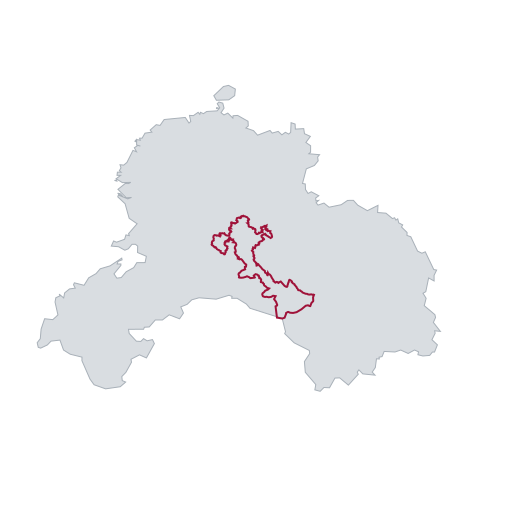 where Gansu sits in China, rotated 192°
{"feature_id": "CHN-1150", "entity_name": "Gansu", "entity_type": "Province", "adm_level": 1, "iso_a3": "CHN", "parent_name": "China", "parent_adm1": "", "projection": "albers", "projection_center": [103.309, 37.691], "detail": "fine", "context": "in_parent", "style": "outline", "palette": "rose", "viewbox_px": 512, "rotation_deg": 192, "n_neighbors": 0, "source": "natural_earth", "source_scale": "10m", "svg_char_len": 9765}
<svg xmlns="http://www.w3.org/2000/svg" viewBox="0 0 512 512"><g transform="rotate(192 256 256)"><path d="M303.2,389.7L291.8,386.1L290.6,381.6L292.5,379.1L284.5,378.1L279.6,374.5L268.4,381.7L265.7,379.6L260.2,382.5L255.9,379.9L253.0,383.1L249.4,382.1L247.8,384.1L249.4,393.7L245.2,393.2L243.9,388.3L235.8,390.5L234.0,385.7L227.7,384.3L230.8,377.4L225.5,375.2L224.2,368.9L225.6,367.0L214.9,368.3L216.3,365.6L215.0,362.0L217.7,356.7L224.9,351.7L225.6,336.6L222.8,336.7L221.4,331.3L218.1,328.0L215.3,330.3L207.1,328.0L209.7,325.1L208.8,322.4L206.3,323.4L208.3,320.6L205.9,318.7L200.5,321.9L194.7,318.9L183.3,323.9L178.0,329.4L172.3,330.7L167.1,326.9L156.5,323.5L147.2,330.9L146.1,323.8L137.8,324.9L130.3,321.0L128.4,322.2L126.6,320.2L125.1,321.8L123.3,318.1L119.0,316.9L119.7,314.6L113.1,310.4L112.6,307.5L108.6,307.0L99.0,294.4L94.3,293.2L91.3,295.3L79.3,279.7L76.4,279.8L77.8,274.1L76.6,268.6L82.6,270.4L82.5,256.4L84.9,254.3L80.8,250.0L81.1,242.4L68.8,235.8L67.6,233.2L68.7,227.9L60.0,220.6L65.7,220.0L64.7,217.7L66.5,210.7L60.1,206.8L61.4,199.2L63.5,198.7L65.4,194.9L72.0,192.9L77.1,193.1L77.1,196.1L81.4,197.0L86.9,192.3L94.9,194.1L100.1,191.0L110.8,189.3L111.8,183.8L114.6,182.6L114.0,180.9L116.8,180.5L116.1,171.7L118.2,166.6L114.8,164.2L127.0,162.9L131.7,166.0L132.8,163.5L131.4,161.6L138.8,148.9L148.8,154.2L153.4,153.0L156.7,142.4L162.2,141.5L165.1,137.0L170.6,137.3L170.8,142.7L183.6,152.5L186.7,162.8L183.2,171.7L184.2,174.7L200.6,179.0L211.8,186.0L211.4,188.1L217.4,200.4L251.0,203.6L255.4,207.0L265.7,210.7L271.0,209.6L271.0,211.5L274.2,212.0L286.0,205.5L303.0,203.3L309.7,199.8L313.3,194.4L319.0,190.6L315.1,185.1L317.7,178.7L328.7,180.4L334.2,174.0L341.2,172.5L345.7,164.4L350.4,163.1L350.7,161.0L365.5,157.8L363.9,153.8L355.3,147.8L350.9,148.5L348.8,151.8L344.9,150.4L339.9,152.7L337.2,149.2L342.0,133.5L349.4,135.1L356.8,129.0L355.7,126.2L359.1,115.1L362.2,110.2L360.9,106.3L357.3,105.6L361.6,99.9L375.5,94.8L387.6,96.4L392.8,101.1L404.5,117.4L405.2,120.9L417.3,121.3L424.7,124.0L430.3,133.0L438.8,130.1L441.6,125.6L447.5,121.1L450.0,121.4L452.0,125.7L449.8,130.3L451.0,139.8L449.7,150.7L441.5,151.5L437.5,157.2L443.0,169.2L443.1,173.6L439.4,176.3L440.6,177.8L435.4,175.0L435.5,180.1L431.6,185.0L426.1,187.0L428.5,189.9L428.1,192.0L418.1,191.6L415.1,199.9L408.8,205.5L405.7,211.1L396.7,216.0L386.9,226.0L386.2,224.4L389.8,222.0L390.2,219.3L386.5,220.1L386.2,218.7L391.2,209.0L387.5,205.4L383.3,206.9L379.7,213.6L373.2,219.2L371.2,224.7L363.1,226.5L363.2,232.9L372.6,234.8L373.8,241.1L376.4,242.4L379.7,241.7L382.4,236.5L385.5,234.4L392.4,236.5L399.6,235.6L398.4,241.1L395.3,240.5L388.0,245.0L387.6,249.6L384.2,249.6L385.3,251.4L379.0,262.8L387.9,266.5L394.9,279.9L403.5,285.1L403.3,287.0L393.3,285.2L389.9,287.4L395.0,286.0L404.9,292.5L399.0,299.7L395.6,300.4L393.8,302.0L401.9,300.0L408.9,302.5L405.2,306.7L408.7,306.0L409.0,309.2L405.3,309.9L407.4,311.1L406.4,314.1L408.0,317.0L404.3,317.4L401.7,320.7L398.3,333.7L394.5,333.1L397.5,336.6L394.6,339.6L391.9,339.5L395.9,339.8L396.9,345.1L393.2,345.2L394.4,347.0L391.9,347.6L390.1,353.1L383.6,355.5L385.7,357.2L380.9,363.7L377.0,363.8L374.2,370.4L354.0,376.8L349.2,372.1L347.8,374.0L350.3,379.7L346.4,380.3L342.5,384.5L340.4,382.9L340.2,385.0L337.0,384.3L334.3,387.1L324.2,389.9L322.3,393.4L325.6,396.9L324.3,398.9L320.3,398.6L318.0,394.0L320.0,388.9L316.7,387.3L313.3,389.9L307.3,386.1L307.6,388.4L303.2,389.7ZM327.1,400.1L330.6,404.0L323.1,415.0L318.3,417.2L310.9,415.0L310.2,408.4L315.1,403.1L327.1,400.1ZM404.4,288.7L401.7,288.7L399.0,286.9L401.0,286.9L404.4,288.7ZM410.1,300.5L408.2,301.3L407.6,300.3L410.1,300.5ZM398.3,343.1L397.4,344.7L397.3,342.8L398.3,343.1ZM323.3,392.9L325.3,392.0L325.3,393.0L323.3,392.9Z" fill="#d9dde1" stroke="#a8b0b8" stroke-width="1"/><path d="M217.3,200.3L222.7,200.1L226.4,210.8L225.1,212.0L225.1,212.6L226.9,215.4L229.3,217.5L229.3,217.9L228.5,220.8L231.0,220.7L232.6,219.2L234.9,218.3L237.2,218.3L238.4,217.9L239.1,217.8L240.7,218.0L241.0,218.2L241.9,219.7L241.9,220.4L241.8,220.9L240.5,222.5L239.8,224.0L237.8,225.3L237.1,225.9L236.4,227.0L238.7,227.2L239.8,228.1L241.8,228.9L242.2,229.4L242.4,230.3L243.4,230.7L243.7,231.4L245.8,231.5L246.0,232.1L245.9,233.4L246.1,234.1L247.3,235.2L247.7,235.3L248.1,235.0L248.4,235.2L248.4,235.9L248.8,236.6L249.3,236.9L249.1,237.2L249.2,237.4L249.8,237.5L251.0,238.1L252.7,238.1L254.1,236.4L252.7,234.7L252.8,234.6L256.7,233.2L257.1,233.2L258.1,233.8L260.6,234.3L261.8,233.4L264.1,232.2L266.1,231.6L268.0,231.4L268.2,231.5L268.2,232.5L269.3,234.4L269.3,235.1L269.0,235.8L268.3,236.3L267.7,237.5L267.0,238.6L263.9,240.7L264.3,241.4L264.6,243.1L263.6,243.5L263.6,244.4L263.8,245.6L265.6,246.4L268.7,249.2L269.7,249.8L270.8,249.7L271.3,249.3L273.0,249.6L272.8,249.9L273.1,250.3L272.4,250.8L272.5,251.2L273.0,251.4L273.4,251.0L274.0,251.3L274.5,252.3L274.9,252.7L275.8,253.0L276.4,253.5L277.4,255.0L277.5,255.2L276.8,255.6L276.7,256.0L277.1,257.2L277.7,258.4L278.3,259.1L278.5,260.0L278.4,261.2L277.7,261.9L277.6,262.9L278.4,264.3L279.4,264.8L280.6,264.7L280.3,265.0L280.4,265.3L281.4,266.6L281.6,266.7L282.2,266.3L283.2,266.7L281.9,267.0L281.9,267.4L282.7,267.2L284.0,267.3L285.0,268.5L285.5,268.6L286.1,267.9L286.2,267.3L286.3,266.6L285.8,266.4L285.6,266.0L286.3,265.9L285.9,265.3L285.8,264.5L286.6,264.3L287.6,264.5L287.9,264.8L289.2,263.8L288.7,262.9L289.3,262.5L289.1,262.2L289.3,262.0L289.3,261.0L288.4,260.0L287.8,260.0L286.8,259.4L286.0,259.5L285.8,259.2L286.0,258.7L285.9,257.9L285.5,257.4L285.9,257.1L285.9,255.6L286.3,255.4L286.7,255.3L287.0,254.7L286.9,254.4L286.4,253.6L286.8,252.9L286.7,252.3L286.8,251.3L287.0,251.1L287.5,251.0L288.8,251.9L290.2,251.7L291.1,251.9L291.4,252.1L291.5,253.5L293.0,253.7L293.4,254.1L294.4,254.2L295.8,254.7L296.3,255.4L296.9,255.6L297.0,256.1L297.9,256.3L298.3,256.0L298.5,256.3L299.3,256.4L299.9,257.1L301.2,257.4L301.8,257.9L301.8,258.4L301.5,259.0L302.0,260.0L301.9,261.2L300.6,262.4L300.9,263.1L300.9,264.3L301.6,265.3L301.7,266.7L301.0,267.8L299.3,268.0L298.9,267.7L298.4,267.8L297.1,268.4L296.9,268.1L295.4,267.7L295.4,268.2L294.9,268.6L295.6,269.8L296.3,270.5L296.2,270.7L295.4,270.9L294.3,270.9L293.8,271.3L292.4,271.2L291.7,271.7L290.5,270.4L289.7,270.2L289.4,270.0L287.0,270.1L286.4,270.6L286.4,271.5L286.9,272.2L286.8,272.5L286.4,273.3L286.0,273.6L285.2,274.7L285.6,275.2L286.5,275.2L287.3,275.6L287.9,276.4L288.0,277.5L287.1,277.3L286.6,277.5L287.1,277.7L287.3,278.6L286.9,278.8L286.2,280.5L286.3,280.9L286.7,281.1L286.5,281.5L286.6,282.3L287.3,283.1L287.2,283.7L286.7,283.9L286.3,283.4L286.1,283.3L285.3,283.4L284.4,283.8L284.0,283.7L283.8,283.4L283.2,283.4L282.9,283.9L282.0,284.4L281.7,285.2L281.1,285.4L281.1,285.8L281.3,286.3L282.7,286.9L282.5,287.5L282.6,288.6L282.5,289.1L280.8,290.0L279.4,289.7L278.9,289.9L278.6,290.4L279.1,291.3L277.9,292.3L277.3,292.1L276.7,292.7L276.2,292.3L275.2,292.6L274.5,292.3L273.1,292.2L272.5,291.9L271.3,290.9L270.5,290.6L270.3,290.2L270.4,289.9L270.7,289.6L271.2,289.5L271.4,288.8L270.4,287.4L270.3,286.6L271.1,286.3L270.4,285.9L269.5,284.8L269.5,283.9L269.3,283.5L268.9,283.2L266.4,283.2L265.5,282.8L264.7,282.9L264.6,282.7L264.9,282.0L264.8,281.9L263.6,282.4L262.4,282.2L262.1,281.9L262.2,281.3L261.8,280.9L261.8,278.9L260.8,278.4L260.1,277.6L259.0,277.8L258.6,278.3L257.7,278.8L257.6,279.0L258.0,279.2L258.0,279.4L256.7,279.6L256.1,280.4L255.4,280.4L254.6,280.7L255.3,281.8L255.1,282.0L255.7,282.4L255.4,282.7L255.8,282.7L255.7,283.3L255.9,283.7L256.8,284.3L256.6,284.5L256.8,285.0L256.6,285.0L256.1,285.5L255.4,285.7L255.0,286.2L254.3,286.4L254.0,287.2L253.1,287.2L252.1,288.0L252.1,287.5L251.9,286.9L252.4,286.2L252.7,285.4L252.4,284.2L251.7,283.7L251.6,284.4L251.1,284.6L250.4,284.6L250.0,283.3L249.6,282.8L248.6,283.3L247.5,283.0L247.1,283.2L247.0,282.1L246.8,281.4L245.9,281.1L245.5,280.7L244.4,278.6L244.3,278.1L244.5,277.5L245.5,276.6L246.4,277.1L247.8,277.4L248.3,277.8L250.1,278.3L250.5,278.4L250.7,278.9L251.7,279.6L252.4,278.8L253.0,278.9L254.0,277.7L254.5,277.6L254.9,276.9L254.5,275.8L253.9,275.4L253.1,275.2L252.8,274.2L252.1,274.6L251.9,274.5L251.6,273.9L252.3,273.3L252.7,273.4L252.9,272.3L253.5,271.7L254.0,271.6L254.9,270.9L255.4,270.7L255.8,270.0L256.2,269.7L256.2,269.4L255.8,268.8L255.4,268.6L255.7,268.1L255.7,267.5L256.6,267.4L257.4,266.5L258.6,266.6L258.8,265.7L258.5,264.5L258.6,263.7L259.0,263.8L259.2,263.6L259.6,263.6L260.6,263.8L260.6,262.9L260.8,262.4L260.3,261.7L261.1,260.4L260.0,259.5L259.5,259.4L259.2,257.8L258.6,256.8L257.9,256.3L257.9,255.9L258.5,255.6L258.5,255.2L257.0,253.7L257.2,252.5L257.6,252.3L257.6,251.9L256.8,250.8L256.2,250.6L255.2,249.7L254.7,249.6L254.0,249.1L254.0,248.8L254.2,248.4L253.7,247.8L253.5,246.7L253.3,246.7L252.5,247.7L252.3,248.5L252.1,248.5L251.6,247.9L248.8,246.0L247.1,244.5L244.2,243.2L243.8,242.0L243.5,241.6L242.1,241.2L240.9,239.6L240.6,239.6L240.4,240.4L240.9,241.3L240.9,242.1L240.4,241.5L239.8,241.1L238.4,240.6L236.8,239.2L236.4,238.4L233.7,235.7L233.6,235.0L232.9,234.9L232.5,234.4L231.6,234.0L231.3,234.0L231.0,234.6L230.3,235.0L229.2,234.9L228.8,234.4L228.4,234.3L227.9,235.1L226.5,236.2L221.8,232.7L220.3,232.2L219.4,232.2L219.0,232.9L219.1,233.9L218.9,235.1L218.9,236.2L218.8,236.7L218.6,237.0L218.7,237.8L218.5,239.4L218.4,239.6L218.2,239.7L217.1,239.4L215.6,238.6L215.4,238.3L215.5,237.8L214.1,236.9L213.5,236.8L212.4,236.3L212.2,235.7L211.4,235.3L210.7,234.5L210.1,234.3L209.3,233.1L208.6,232.7L207.6,231.4L205.5,231.5L204.9,231.0L203.6,230.6L203.0,230.0L199.7,229.4L198.0,229.6L196.9,229.2L196.2,229.4L195.4,229.4L194.6,229.8L193.6,230.0L192.6,229.8L191.8,230.2L191.2,230.1L191.6,227.5L190.7,224.1L190.7,223.6L192.0,221.6L192.5,218.3L193.2,218.2L194.9,218.6L197.0,217.7L200.4,213.4L204.6,209.5L207.9,208.0L210.9,207.6L212.7,208.0L213.3,207.8L214.7,206.5L214.6,205.4L215.2,201.6L217.3,200.3Z" fill="none" stroke="#9f1239" stroke-width="2"/></g></svg>